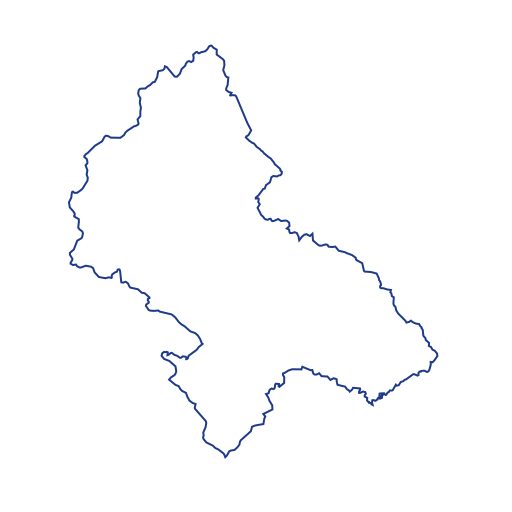 outline of Lam Ha, Lâm Đồng, Vietnam, rotated 97°
{"feature_id": "81297802B58085294619279", "entity_name": "Lam Ha", "entity_type": "district", "adm_level": 2, "iso_a3": "VNM", "parent_name": "Vietnam", "parent_adm1": "Lâm Đồng", "projection": "albers", "projection_center": [108.219, 11.861], "detail": "fine", "context": "isolated", "style": "outline", "palette": "blue", "viewbox_px": 512, "rotation_deg": 97, "n_neighbors": 0, "source": "geoboundaries", "source_scale": "gbopen_adm2", "svg_char_len": 6070}
<svg xmlns="http://www.w3.org/2000/svg" viewBox="0 0 512 512"><g transform="rotate(97 256 256)"><path d="M379.2,146.4L376.7,144.2L375.0,143.6L374.8,136.6L375.7,136.3L378.2,137.2L379.3,137.0L379.2,136.0L377.5,133.3L377.8,130.9L379.3,130.2L381.0,131.1L382.2,131.0L383.3,128.3L385.8,128.2L386.9,127.1L387.1,126.1L387.9,126.0L387.8,123.8L389.2,123.3L389.6,122.1L387.8,122.9L385.0,123.0L384.7,121.5L385.2,120.1L384.7,119.1L383.6,118.4L383.5,117.8L382.0,117.5L381.9,116.8L382.5,115.6L381.4,113.7L379.4,113.8L380.4,115.6L380.1,116.5L377.5,116.5L377.0,114.5L378.4,114.1L378.7,113.4L378.2,112.9L376.8,112.9L376.6,112.2L378.1,110.6L377.9,109.9L375.5,108.7L374.7,107.5L373.1,106.8L373.0,104.8L372.6,104.0L366.7,101.5L367.6,100.7L366.9,98.6L363.5,97.0L362.2,94.4L360.7,93.3L360.3,92.1L354.2,85.6L354.0,84.7L355.0,81.1L354.3,80.2L352.4,80.5L351.6,80.1L350.9,79.6L350.7,78.3L350.0,78.1L349.3,75.0L350.3,72.1L349.5,70.8L347.9,70.1L342.8,69.3L339.9,69.7L340.0,67.9L338.0,66.3L333.2,63.8L330.7,64.4L328.3,67.0L327.3,69.6L325.1,71.1L324.2,73.5L321.2,73.6L318.7,77.2L317.0,77.8L314.7,80.2L309.0,81.5L307.4,82.9L306.7,82.9L305.3,84.7L303.7,85.8L303.6,89.0L302.7,92.1L301.3,94.4L302.8,96.0L303.7,98.6L302.0,99.9L295.8,107.8L292.9,110.2L289.3,111.5L288.5,112.8L286.7,113.8L280.2,114.2L279.2,116.3L276.7,117.0L275.7,118.2L273.3,117.9L273.2,121.9L272.5,125.4L272.7,127.9L272.2,128.9L270.6,129.1L269.5,128.4L268.5,128.6L266.1,129.7L264.7,131.0L263.2,131.3L258.7,134.1L257.9,139.9L258.2,146.3L257.6,147.0L250.2,149.7L247.8,155.7L246.9,156.5L245.6,156.8L243.4,160.7L242.1,166.3L241.4,168.0L240.7,174.5L237.0,178.4L237.8,181.4L237.9,185.1L236.2,186.4L236.0,188.3L237.7,192.1L238.0,194.1L237.4,195.6L233.7,201.3L227.0,202.7L229.6,204.8L228.2,208.6L229.0,210.7L231.5,212.9L235.2,215.0L231.6,216.1L228.2,218.3L227.7,220.6L228.8,223.0L229.1,224.9L228.1,225.7L225.7,226.4L225.0,228.8L222.2,226.4L218.8,227.2L217.4,229.4L217.2,230.9L218.2,235.4L216.6,238.5L218.9,242.3L219.4,243.9L219.1,244.7L217.3,246.0L217.5,247.2L218.6,248.7L218.5,250.9L217.8,252.2L216.1,253.7L214.8,255.7L208.0,260.3L204.1,258.6L202.3,260.3L199.0,260.2L198.5,260.8L199.0,263.2L198.0,263.3L195.5,260.9L188.6,257.0L188.0,255.5L184.4,254.7L181.1,251.1L175.9,250.3L174.5,248.6L174.5,244.9L173.3,243.2L172.8,241.6L171.4,240.6L169.2,240.6L168.3,242.2L167.2,242.3L166.2,243.2L162.4,248.8L161.3,249.3L157.4,253.3L156.2,255.7L153.1,260.5L151.3,262.4L150.8,263.7L149.5,265.1L147.6,268.6L144.5,271.8L144.2,273.4L142.2,277.1L139.4,280.6L138.5,280.2L136.9,278.2L131.9,276.1L124.9,280.9L100.0,295.1L99.2,296.0L99.1,298.4L99.8,301.1L99.6,301.3L97.0,300.2L96.5,303.2L94.9,305.8L93.3,306.0L89.8,305.0L82.2,305.2L81.9,306.9L80.7,308.3L75.5,311.2L70.6,310.6L66.2,311.4L64.7,312.8L60.8,319.6L56.0,320.1L54.5,323.6L52.6,325.8L52.8,326.7L53.5,328.0L56.9,329.6L59.0,331.4L60.5,335.5L61.7,337.0L61.7,337.9L60.7,339.4L61.1,340.5L63.9,342.9L66.5,342.1L69.9,342.1L71.4,344.0L70.7,346.1L71.5,347.8L73.8,349.1L75.7,349.4L79.5,352.6L84.3,353.7L87.6,356.2L87.9,358.0L87.6,358.8L79.3,367.6L78.8,369.5L81.2,369.7L83.0,371.2L84.3,375.1L84.8,375.6L90.7,375.9L95.5,377.7L96.2,379.6L99.2,381.9L100.9,384.2L103.2,386.2L104.0,390.9L104.5,391.8L105.8,392.6L108.8,392.8L110.9,392.0L113.4,390.0L118.2,390.0L122.8,388.3L126.5,388.4L131.4,387.9L134.8,390.2L139.0,388.7L139.8,388.9L141.5,391.1L142.2,392.9L147.1,398.7L149.1,400.5L152.0,401.7L155.2,405.0L156.2,414.6L155.0,417.4L154.9,419.6L156.0,420.8L160.9,422.7L166.2,429.3L174.5,435.8L175.4,437.1L177.8,438.6L178.6,438.5L180.4,435.8L183.1,434.8L184.6,434.7L186.7,436.2L191.5,433.8L195.9,434.0L198.8,432.5L201.9,432.5L210.5,436.5L212.7,438.6L215.1,441.3L215.4,444.1L214.4,445.5L214.6,446.1L215.8,446.5L220.7,446.5L225.5,448.2L230.5,446.7L233.9,442.8L236.1,441.1L237.4,440.9L238.3,441.4L239.0,441.2L240.9,436.5L243.0,436.0L249.6,435.9L251.2,434.2L252.8,431.4L254.6,430.5L258.8,430.9L259.8,431.6L262.6,435.3L271.7,437.6L275.6,441.1L277.5,440.8L281.2,437.9L282.5,437.9L285.3,439.2L286.2,439.1L287.3,436.5L286.4,433.7L288.0,432.3L288.9,429.6L288.8,428.5L286.4,423.7L286.7,418.5L287.9,416.2L291.9,414.2L296.0,409.4L296.4,402.7L295.1,399.4L295.4,396.9L295.0,396.5L293.3,396.8L291.9,396.5L289.6,394.2L288.6,392.2L286.4,391.6L285.9,390.3L286.3,389.6L287.8,389.0L298.5,386.5L298.7,384.8L297.5,382.5L297.7,381.6L299.0,379.6L301.9,377.8L302.7,376.7L303.4,369.1L306.4,364.9L306.5,362.0L310.0,356.8L310.7,356.6L311.5,357.9L312.2,358.1L313.2,357.9L314.4,356.9L315.5,356.8L317.5,359.0L318.9,359.2L322.6,356.0L323.1,354.4L322.9,350.5L322.0,346.3L322.9,344.8L324.3,332.5L326.8,328.6L331.1,324.4L333.0,321.6L334.5,318.2L338.7,312.2L340.0,306.9L342.0,304.0L345.3,301.3L349.2,299.2L349.8,298.3L353.3,301.7L356.3,303.4L363.2,310.7L365.8,311.2L366.8,312.0L366.9,312.7L365.2,312.7L364.6,313.5L364.5,316.4L366.2,318.2L366.3,319.0L364.6,322.3L364.1,324.9L362.4,327.7L362.6,328.7L364.8,330.9L365.2,331.8L362.4,331.8L362.0,332.9L362.6,334.9L362.4,335.6L364.1,337.3L366.6,337.6L369.4,334.6L370.7,329.3L375.3,322.5L380.2,321.1L382.4,321.5L384.2,322.4L386.8,325.6L389.3,327.2L393.8,320.1L394.5,317.0L397.4,314.8L399.0,312.8L400.4,308.8L403.7,307.2L407.6,304.5L409.6,301.0L410.3,297.9L414.0,298.3L415.0,298.0L426.0,285.7L427.7,285.0L432.1,285.2L437.6,286.8L440.4,286.1L442.7,286.4L444.3,285.6L447.1,282.5L449.5,275.7L451.6,272.9L452.5,270.0L455.6,264.7L456.6,263.5L459.4,262.0L457.8,260.7L453.0,258.7L452.1,257.1L451.2,253.8L448.3,251.3L445.4,249.5L442.4,249.3L440.8,248.7L430.6,239.8L425.9,239.1L424.2,235.8L421.9,228.2L416.2,227.9L414.2,227.2L411.9,229.5L406.3,221.0L402.2,221.7L398.1,225.0L395.0,226.5L391.8,229.2L390.7,226.8L387.6,226.3L386.6,225.6L385.6,224.3L386.0,222.6L385.4,221.7L384.2,221.3L381.1,221.3L380.3,220.7L380.3,217.4L380.9,217.2L382.3,217.8L383.0,216.8L378.6,212.6L372.8,213.2L370.7,214.8L369.2,214.8L368.6,213.4L365.8,210.0L364.0,206.3L363.0,197.1L360.3,196.5L362.7,187.9L362.3,186.2L365.7,184.8L366.5,183.5L366.3,181.5L364.7,179.0L367.3,176.3L366.9,170.4L370.0,167.0L367.9,164.1L368.3,161.5L368.6,160.9L371.1,160.5L373.9,159.4L374.8,151.6L377.1,149.6L378.1,147.4L379.2,146.4Z" fill="none" stroke="#1e3a8a" stroke-width="2"/></g></svg>